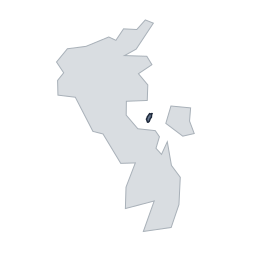 Isle of Man shown with its bordering countries, rotated 172°
{"feature_id": "IMN", "entity_name": "Isle of Man", "entity_type": "country or territory", "adm_level": 0, "iso_a3": "IMN", "parent_name": "Europe", "parent_adm1": "", "projection": "mercator", "projection_center": [-4.545, 54.233], "detail": "fine", "context": "with_neighbors", "style": "filled", "palette": "slate", "viewbox_px": 256, "rotation_deg": 172, "n_neighbors": 1, "source": "natural_earth", "source_scale": "50m", "svg_char_len": 961}
<svg xmlns="http://www.w3.org/2000/svg" viewBox="0 0 256 256"><g transform="rotate(172 128 128)"><path d="M82.4,143.8L63.2,139.2L66.1,126.3L63.2,113.3L74.9,112.3L89.9,127.3L82.4,143.8ZM125.9,154.7L128.0,141.0L118.4,125.9L101.4,121.6L98.1,115.0L103.1,104.0L98.5,97.2L91.0,108.9L90.2,84.9L83.1,71.9L88.2,45.1L99.1,23.5L127.2,23.4L112.2,52.1L141.8,48.6L138.2,69.7L125.6,92.4L140.1,94.0L153.6,125.6L163.2,129.5L175.9,165.8L192.8,170.3L191.1,184.9L184.0,191.6L189.6,203.3L177.0,214.9L158.2,214.7L134.4,220.8L127.8,216.5L118.6,226.8L105.6,224.3L95.8,232.6L88.3,228.3L108.9,205.0L121.4,200.2L99.4,196.4L95.5,187.4L110.1,180.3L102.4,167.9L105.1,152.6L125.9,154.7Z" fill="#d9dde1" stroke="#a8b0b8" stroke-width="1"/><path d="M107.4,136.2L104.6,139.2L103.5,138.7L102.5,139.0L102.2,138.9L102.8,137.8L103.4,135.3L104.6,134.3L106.1,131.6L107.3,130.9L107.7,131.0L107.9,131.2L108.5,134.2L107.7,135.3L107.4,136.2Z" fill="#64748b" stroke="#1e293b" stroke-width="1.5"/></g></svg>